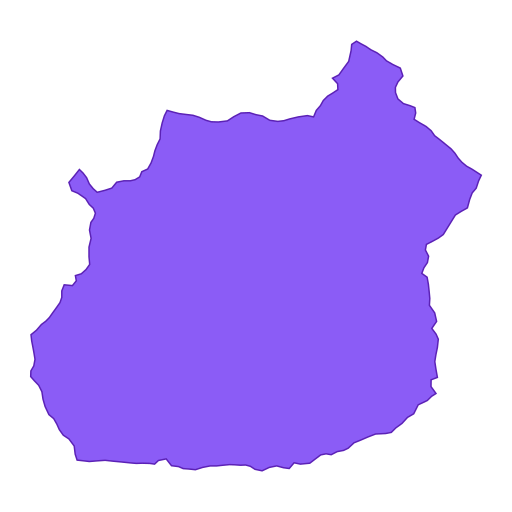 the district of Morro do Pilar, Minas Gerais, Brazil
{"feature_id": "56859067B30206085478303", "entity_name": "Morro do Pilar", "entity_type": "district", "adm_level": 2, "iso_a3": "BRA", "parent_name": "Brazil", "parent_adm1": "Minas Gerais", "projection": "orthographic", "projection_center": [-43.405, -19.218], "detail": "fine", "context": "isolated", "style": "filled", "palette": "violet", "viewbox_px": 512, "rotation_deg": 0, "n_neighbors": 0, "source": "geoboundaries", "source_scale": "gbopen_adm2", "svg_char_len": 2877}
<svg xmlns="http://www.w3.org/2000/svg" viewBox="0 0 512 512"><path d="M79.4,169.5L74.0,176.3L68.9,182.4L71.8,190.7L77.8,193.2L85.6,198.6L89.3,204.5L93.3,208.2L95.4,213.2L93.8,218.3L90.9,222.4L89.5,230.0L91.1,238.4L89.0,247.1L89.0,256.8L89.7,264.4L86.1,269.5L81.3,273.8L75.4,275.6L76.3,280.8L72.4,285.6L64.2,284.8L61.8,290.9L61.8,297.4L60.0,302.6L56.7,307.3L52.5,313.1L49.4,317.5L45.8,321.2L41.4,324.5L36.5,330.2L31.0,334.7L31.7,340.9L32.8,346.6L33.8,352.0L35.0,359.3L33.8,365.9L30.9,370.9L30.7,376.6L34.4,380.8L38.7,385.3L41.9,391.7L43.0,399.1L45.1,406.5L48.9,414.6L53.7,418.6L56.9,424.2L59.3,429.6L63.3,435.2L68.9,438.9L74.2,446.0L75.2,454.2L77.1,460.1L84.3,460.9L89.3,461.5L96.5,460.9L105.1,460.3L113.3,461.2L121.8,462.0L130.5,462.9L136.3,463.4L142.1,463.2L149.6,463.4L154.6,464.1L158.4,460.5L166.2,458.9L171.5,465.7L178.6,466.6L183.2,468.6L188.8,469.0L195.4,469.7L202.6,467.4L210.3,465.9L216.7,465.9L223.2,465.2L229.6,464.6L234.9,464.8L240.5,465.2L245.6,465.0L250.4,466.3L255.0,469.3L262.1,470.8L269.3,467.4L276.7,465.9L283.4,467.7L289.2,468.5L294.1,462.8L300.4,464.1L309.8,463.2L315.0,459.2L320.7,454.9L326.1,453.8L331.2,454.7L337.2,451.6L343.6,450.4L348.2,448.2L354.0,442.8L361.4,439.8L367.6,437.1L375.6,434.0L385.7,433.5L391.3,432.4L395.8,427.9L402.0,423.4L407.5,417.4L413.7,413.8L418.2,404.8L427.3,400.5L431.6,396.3L436.0,393.5L431.0,386.6L431.1,379.8L437.4,377.4L435.9,368.9L434.8,361.6L435.9,354.7L437.4,347.4L438.3,339.2L436.1,334.2L431.8,328.4L436.6,321.4L434.7,312.9L429.4,305.3L429.8,298.5L429.2,292.0L428.4,284.4L427.1,277.2L421.8,273.4L423.9,267.8L427.4,262.6L428.6,256.2L425.4,250.0L426.4,244.4L433.0,241.0L438.3,238.1L443.3,234.5L447.2,228.2L451.9,220.6L455.4,215.0L461.3,211.3L467.4,207.9L469.7,199.4L472.2,192.9L476.2,188.2L478.6,180.9L481.3,175.2L472.2,169.3L466.6,166.2L461.8,162.2L458.1,158.0L454.9,153.2L451.2,149.0L445.6,144.4L439.7,139.6L434.6,135.7L431.2,130.8L426.1,126.5L419.0,122.4L414.1,119.3L415.7,113.0L414.9,107.6L410.1,105.7L403.4,103.6L397.9,98.9L395.5,92.6L395.4,87.4L397.9,82.0L402.9,76.0L400.3,68.1L392.8,64.5L386.4,60.8L382.9,57.1L377.1,52.9L370.7,49.7L365.9,46.4L361.0,43.8L356.5,41.2L351.7,44.4L351.1,50.6L349.9,56.0L348.7,61.4L343.9,67.9L338.9,74.9L332.5,78.2L337.6,83.7L337.9,89.6L332.5,93.2L327.7,96.1L323.3,100.5L320.4,105.7L316.3,110.4L313.6,116.9L307.4,115.6L298.3,116.9L289.8,118.9L283.9,120.7L277.8,121.4L269.8,120.3L262.6,116.0L256.0,114.7L249.5,112.7L240.9,113.0L233.8,116.7L227.4,120.9L218.3,122.0L211.4,121.8L206.0,120.3L199.3,117.3L193.0,115.3L185.5,114.4L179.1,113.6L173.2,112.1L167.1,110.4L164.4,115.8L162.2,122.9L160.4,131.0L160.1,138.9L157.2,144.7L154.9,150.8L153.5,156.4L151.1,162.9L147.7,169.0L141.8,171.7L139.7,176.9L135.1,179.7L130.3,180.8L123.9,180.8L116.7,182.2L111.8,188.1L105.0,190.3L97.2,192.3L93.2,188.7L89.3,183.9L86.6,177.7L83.0,173.0L79.4,169.5Z" fill="#8b5cf6" stroke="#5b21b6" stroke-width="1.5"/></svg>